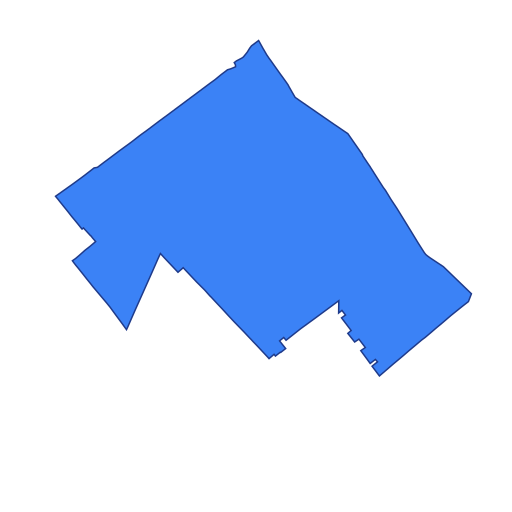 outline of San Mateo Atenco, México, Mexico, rotated 322°
{"feature_id": "50627088B90901919246295", "entity_name": "San Mateo Atenco", "entity_type": "district", "adm_level": 2, "iso_a3": "MEX", "parent_name": "Mexico", "parent_adm1": "México", "projection": "robinson", "projection_center": [-99.543, 19.262], "detail": "fine", "context": "isolated", "style": "filled", "palette": "blue", "viewbox_px": 512, "rotation_deg": 322, "n_neighbors": 0, "source": "geoboundaries", "source_scale": "gbopen_adm2", "svg_char_len": 2545}
<svg xmlns="http://www.w3.org/2000/svg" viewBox="0 0 512 512"><g transform="rotate(322 256 256)"><path d="M182.6,86.9L173.3,86.9L171.1,86.9L166.4,86.8L156.8,86.5L154.1,86.4L152.2,86.3L134.8,85.5L134.8,86.8L134.9,89.1L134.9,92.7L135.0,99.0L135.1,105.5L135.1,109.0L135.1,111.7L135.2,114.6L135.3,118.3L135.4,123.6L135.4,124.5L135.4,125.7L135.5,127.7L137.3,127.7L138.1,138.0L138.3,138.2L138.3,141.3L138.5,145.9L130.8,146.2L124.6,146.2L117.0,146.7L112.2,146.9L108.4,146.7L108.3,150.0L108.3,152.6L108.4,155.4L108.5,165.3L108.5,169.6L108.6,175.7L108.6,179.7L109.4,201.0L109.5,206.3L109.2,215.4L108.9,226.7L108.6,234.3L111.2,233.0L114.7,231.1L126.2,224.9L132.6,221.5L139.8,217.7L163.0,205.4L177.3,197.7L179.6,196.5L182.2,195.2L182.7,201.6L183.3,208.0L183.9,214.4L184.5,220.8L188.0,220.6L190.4,220.5L191.4,220.4L192.0,226.9L192.6,233.5L193.2,240.0L194.6,251.1L195.1,259.1L195.3,260.3L196.1,269.4L196.8,276.8L197.5,285.7L198.3,294.6L199.8,308.5L200.2,313.0L200.5,316.2L200.8,319.1L201.0,321.7L201.2,323.6L201.4,325.4L201.9,330.7L201.9,331.0L203.0,343.2L203.1,344.9L209.7,344.6L209.7,346.8L215.9,346.8L216.1,347.2L222.4,347.2L222.3,337.4L227.7,337.3L227.8,340.9L246.5,340.8L263.8,341.4L293.7,342.2L287.7,349.7L286.0,351.8L290.2,351.8L290.2,357.6L285.3,357.4L285.1,373.3L280.7,373.5L280.8,384.5L285.9,384.9L285.9,386.4L285.8,395.4L280.3,395.1L280.0,405.7L279.8,411.0L286.4,411.0L286.6,414.2L279.6,414.3L279.4,426.5L292.0,425.9L298.1,425.6L304.9,425.4L312.6,425.1L318.0,424.8L324.0,424.6L327.0,424.5L332.1,424.3L334.7,424.2L339.3,424.3L347.0,424.0L353.0,423.7L362.5,423.4L366.6,423.2L373.0,422.9L387.1,422.7L395.3,422.7L402.5,418.4L397.1,379.8L392.0,364.5L391.1,361.3L390.7,359.3L390.7,357.0L391.8,345.5L393.5,331.0L396.4,304.9L397.2,294.4L398.4,284.3L398.5,280.3L399.2,272.8L400.0,264.8L400.1,263.3L400.2,262.9L400.8,256.4L400.9,256.0L401.1,252.5L401.8,243.0L402.3,241.4L403.7,216.2L401.6,209.6L399.5,203.0L398.5,200.0L386.1,160.3L384.5,155.1L385.3,149.3L386.3,142.5L386.6,141.1L386.8,138.2L386.9,135.8L387.1,130.8L387.2,127.1L388.0,110.2L388.0,108.6L388.2,105.8L388.3,104.1L389.2,97.7L389.2,97.4L390.5,89.3L390.7,87.8L390.4,87.8L386.5,87.7L381.9,87.6L379.2,88.3L377.5,88.9L374.6,90.0L369.0,91.3L368.7,91.4L366.6,91.3L360.6,90.2L357.9,90.2L357.7,91.7L357.5,92.7L356.4,94.3L353.7,93.6L351.2,92.9L348.2,91.7L340.3,91.6L331.7,91.8L326.8,91.6L286.7,90.7L277.7,90.5L269.7,90.3L263.4,90.1L250.1,89.9L245.9,89.8L241.6,89.6L237.3,89.5L228.0,89.5L213.0,89.0L201.5,88.8L193.5,88.6L185.6,88.5L182.6,86.9Z" fill="#3b82f6" stroke="#1e3a8a" stroke-width="1.5"/></g></svg>